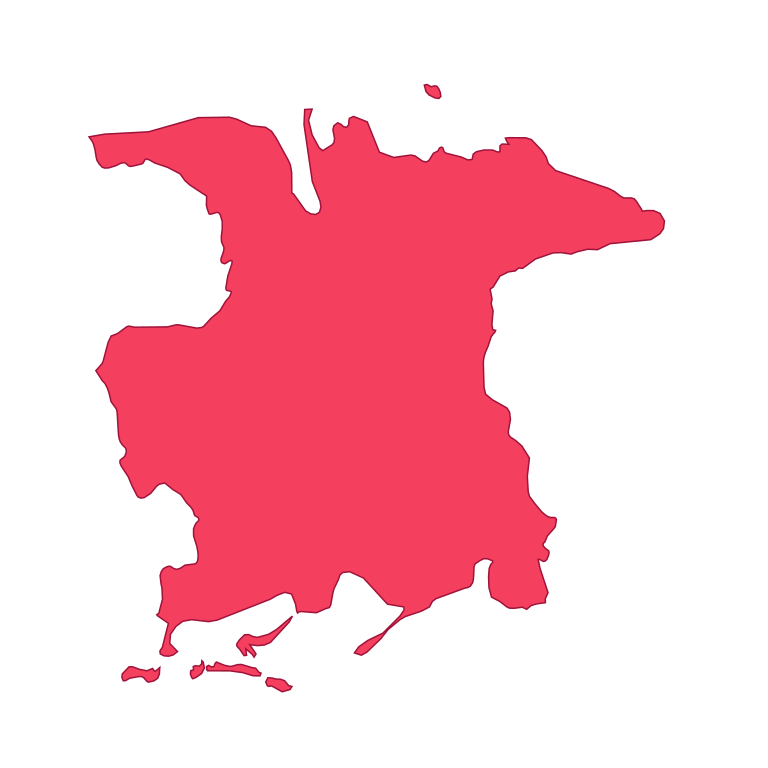 map outline of Matanzas (Equal Earth projection), rotated 172°
{"feature_id": "CUB-1430", "entity_name": "Matanzas", "entity_type": "Province", "adm_level": 1, "iso_a3": "CUB", "parent_name": "Cuba", "parent_adm1": "", "projection": "equal_earth", "projection_center": [-81.101, 22.655], "detail": "fine", "context": "isolated", "style": "filled", "palette": "rose", "viewbox_px": 768, "rotation_deg": 172, "n_neighbors": 0, "source": "natural_earth", "source_scale": "10m", "svg_char_len": 6166}
<svg xmlns="http://www.w3.org/2000/svg" viewBox="0 0 768 768"><g transform="rotate(172 384 384)"><path d="M254.6,145.0L263.8,145.0L269.4,144.0L274.1,141.0L278.1,143.7L286.3,143.8L291.0,144.6L293.5,146.3L299.7,152.6L307.2,158.0L308.4,167.6L307.3,178.5L305.5,186.7L303.4,190.4L301.2,192.2L301.1,193.7L305.5,196.4L309.5,197.1L313.5,195.8L318.8,193.2L320.2,190.8L322.4,179.2L323.7,175.2L326.6,171.8L329.2,170.8L332.4,170.6L362.3,164.2L366.2,162.1L370.0,156.9L378.8,153.8L395.5,150.7L400.8,148.5L414.0,140.4L422.6,132.2L438.3,120.8L444.1,118.6L450.7,121.8L445.6,127.2L435.8,132.3L419.7,137.5L400.5,152.0L395.5,157.5L395.5,160.5L411.2,165.5L431.4,194.8L444.1,202.9L451.1,203.1L454.2,201.0L456.7,196.1L462.0,188.2L463.7,184.2L467.5,172.6L469.3,170.2L473.3,169.6L482.8,166.9L497.5,170.2L500.0,170.1L501.4,169.2L502.0,170.9L502.2,178.4L504.8,188.9L511.3,191.5L519.4,189.6L526.6,186.7L582.2,173.4L590.9,173.1L607.4,177.4L616.3,177.0L623.7,173.0L630.3,165.8L632.3,156.9L625.7,147.8L630.3,145.1L635.1,144.4L639.6,145.4L643.1,147.8L643.1,150.7L640.1,154.2L630.8,177.0L640.7,186.2L641.1,187.2L638.9,188.3L633.3,201.8L632.3,212.7L632.6,217.6L632.4,225.5L630.6,229.3L628.1,231.9L624.5,233.2L622.4,233.5L620.8,233.1L617.7,230.4L614.9,229.3L611.3,229.9L606.3,232.3L596.0,232.2L594.1,233.4L592.9,235.5L591.9,240.0L591.7,243.7L591.9,249.1L593.7,260.1L592.8,267.0L590.9,270.5L589.1,272.7L586.6,274.5L586.2,276.3L586.7,277.7L589.4,279.7L590.1,281.3L590.5,284.4L591.2,286.6L592.4,288.9L596.0,293.8L600.3,302.3L601.8,303.9L607.7,308.8L614.9,316.5L620.6,316.0L623.2,314.6L630.2,308.2L637.2,304.9L640.6,304.8L643.2,306.3L644.2,308.1L647.6,318.0L650.2,327.8L655.6,339.2L656.5,342.8L656.0,345.2L650.8,348.4L648.9,351.9L648.4,354.7L649.0,356.8L651.6,360.1L653.2,363.4L653.8,366.5L654.0,370.6L652.2,393.0L652.5,396.5L656.7,404.4L657.6,413.8L658.6,418.6L660.2,423.3L662.4,426.3L667.5,437.3L660.4,443.4L659.1,445.3L651.4,463.6L647.5,469.5L640.9,471.0L630.6,476.6L628.4,476.8L623.2,475.0L590.5,470.7L582.1,471.5L579.5,471.3L561.6,465.4L557.6,465.3L554.9,465.9L546.1,473.2L536.4,479.3L529.3,488.0L525.0,491.8L522.4,495.8L522.5,496.7L523.5,497.4L526.7,498.6L527.3,499.7L527.1,501.7L523.6,512.8L518.1,523.9L517.3,526.4L517.7,527.4L519.9,527.5L524.5,525.3L525.5,525.4L527.8,526.8L528.3,528.7L527.8,531.2L525.0,536.4L523.9,539.2L523.5,541.7L525.0,546.8L525.0,549.2L524.5,553.0L522.7,559.6L521.6,567.3L522.5,574.1L523.2,575.7L524.2,576.7L525.7,577.2L531.4,576.3L532.8,576.4L533.6,576.9L534.6,581.9L535.0,585.9L533.5,594.8L548.5,608.0L552.8,613.1L556.7,620.5L567.9,628.5L580.3,634.8L585.2,638.6L587.8,639.8L589.1,639.8L592.0,636.2L593.5,635.6L601.7,634.8L605.0,634.7L606.8,635.7L609.1,638.6L610.8,639.4L614.1,639.2L619.2,637.5L626.6,636.3L630.5,636.7L632.8,637.8L635.3,641.3L637.1,645.3L637.4,647.8L637.6,656.1L638.2,661.5L639.0,664.5L641.7,669.8L625.8,670.3L582.0,666.5L530.8,673.6L499.9,669.7L492.9,666.7L479.6,658.2L465.6,654.7L460.2,649.9L456.6,642.6L447.5,618.5L446.2,613.8L446.0,606.3L448.7,586.0L447.0,584.6L437.6,566.5L432.9,562.7L428.1,561.4L424.1,563.0L421.8,567.9L421.9,573.9L426.8,594.3L427.1,652.1L424.3,666.9L416.9,666.2L422.0,655.8L420.5,640.8L415.4,627.0L412.1,623.6L402.1,628.1L399.9,630.1L398.8,634.1L399.2,643.0L397.7,646.7L393.5,649.1L390.6,647.3L388.2,644.4L385.3,643.4L382.8,645.7L382.3,649.0L381.3,651.9L376.9,653.2L364.1,645.9L356.3,614.2L342.8,607.0L325.7,607.0L321.6,605.6L314.8,599.3L311.0,597.9L308.2,599.3L303.0,605.6L298.9,607.0L297.9,607.6L296.2,610.0L294.0,610.6L292.9,609.7L292.1,605.6L290.5,604.0L275.7,597.9L269.7,594.2L265.5,594.1L263.6,599.3L260.1,601.2L252.3,601.8L244.0,600.6L239.1,597.9L236.9,597.9L236.0,603.7L233.7,605.2L227.0,604.0L228.6,607.2L229.6,610.6L225.7,610.5L209.1,608.0L204.0,605.5L195.1,593.1L191.9,586.5L190.6,579.5L184.4,571.5L134.2,546.3L129.0,542.6L123.7,537.1L120.5,534.8L113.4,533.9L110.4,532.5L108.7,529.8L104.6,521.1L104.3,519.2L99.5,519.2L92.9,518.2L86.9,514.5L83.6,506.4L85.6,499.0L89.9,494.4L99.7,489.8L140.6,491.5L153.9,487.3L163.4,489.1L174.2,488.1L180.7,486.6L190.2,489.4L198.3,490.3L216.6,486.7L230.7,479.2L234.6,480.1L238.3,477.7L245.3,477.7L254.3,474.7L262.3,464.9L265.7,463.1L265.2,453.1L266.7,448.6L265.8,441.2L268.9,427.8L268.7,422.7L266.0,421.6L267.3,419.5L268.4,418.8L271.2,416.0L275.7,406.9L278.8,401.9L280.8,397.8L282.0,394.3L282.7,390.9L285.4,366.9L284.8,359.8L279.0,353.4L265.6,343.1L263.6,338.7L263.7,331.4L267.6,319.4L267.6,316.4L266.1,313.8L261.5,309.7L256.1,303.4L250.3,290.5L254.9,272.7L256.2,257.2L255.6,252.5L251.5,244.9L245.8,235.7L243.0,232.4L240.4,230.0L237.8,228.7L233.9,228.1L232.7,227.3L232.1,225.8L234.2,219.0L236.2,216.9L243.4,210.8L246.7,205.1L248.1,204.3L248.9,203.0L248.8,201.6L247.3,199.0L244.2,196.0L244.0,194.2L244.7,191.8L247.2,187.5L249.1,186.2L250.9,186.1L254.3,188.6L255.8,188.9L255.1,179.5L250.6,154.6L254.2,148.8L254.6,145.0ZM557.8,134.5L560.4,134.5L563.8,141.5L566.1,144.7L566.1,146.9L562.8,150.7L556.9,155.1L552.7,154.6L549.0,152.2L544.6,150.7L533.1,152.2L524.5,155.9L507.0,166.9L511.0,161.5L532.4,143.9L538.8,142.2L545.6,142.5L553.2,144.6L548.3,134.5L550.7,131.6L552.3,134.9L557.8,141.0L557.8,134.5ZM676.9,128.0L681.3,126.2L683.5,126.4L684.4,129.8L683.6,133.3L675.7,139.5L672.2,138.9L665.9,135.5L658.8,133.0L652.7,134.5L651.3,131.7L649.8,131.6L645.5,134.5L646.8,128.0L649.1,124.1L652.9,122.1L658.7,121.5L660.1,122.4L662.9,126.7L664.8,128.0L667.9,128.4L676.9,128.0ZM576.6,121.4L598.8,124.6L599.3,125.9L599.0,128.9L596.9,129.8L594.3,127.9L591.8,127.8L590.2,130.8L588.7,132.0L581.2,127.7L577.0,126.1L574.6,125.6L568.0,126.5L564.2,126.1L554.1,121.5L550.7,120.5L548.1,116.1L546.0,114.8L547.5,112.2L554.3,113.3L564.2,117.9L576.6,121.4ZM539.9,100.6L541.5,101.3L542.6,105.3L539.9,109.3L535.8,108.4L531.9,106.8L527.7,106.1L523.7,104.0L520.4,98.6L517.2,97.3L519.6,94.5L527.7,93.4L537.4,100.7L539.9,100.6ZM299.3,664.1L301.7,667.8L302.5,674.4L299.7,674.6L296.0,671.8L292.3,672.2L290.2,671.5L288.6,668.5L287.7,664.9L287.7,660.9L289.9,659.1L293.9,660.3L299.3,664.1ZM614.3,118.7L615.3,120.1L616.1,123.8L615.2,127.1L612.5,127.3L612.2,130.8L610.3,131.3L606.3,130.3L603.6,132.1L602.9,135.3L601.7,133.8L601.4,127.8L605.0,122.6L611.1,119.6L614.3,118.7Z" fill="#f43f5e" stroke="#9f1239" stroke-width="1.5"/></g></svg>